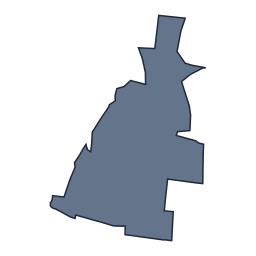 Chacsinkín, Yucatán, Mexico (Mercator projection)
{"feature_id": "50627088B83026580761392", "entity_name": "Chacsinkín", "entity_type": "district", "adm_level": 2, "iso_a3": "MEX", "parent_name": "Mexico", "parent_adm1": "Yucatán", "projection": "mercator", "projection_center": [-89.035, 20.208], "detail": "fine", "context": "isolated", "style": "filled", "palette": "slate", "viewbox_px": 256, "rotation_deg": 0, "n_neighbors": 0, "source": "geoboundaries", "source_scale": "gbopen_adm2", "svg_char_len": 1818}
<svg xmlns="http://www.w3.org/2000/svg" viewBox="0 0 256 256"><path d="M202.8,183.6L202.9,173.8L202.9,172.5L203.0,167.4L203.2,154.8L203.2,153.9L203.6,144.2L198.4,142.9L195.9,140.9L192.3,139.8L185.8,138.1L176.3,135.5L177.4,131.7L189.9,130.6L190.6,115.1L189.3,106.0L181.5,81.5L190.6,74.3L202.6,68.1L205.7,67.8L191.8,65.2L185.0,63.1L177.0,51.5L180.9,31.1L185.2,18.2L158.7,15.4L157.8,23.5L154.8,48.6L138.5,47.8L142.3,58.5L142.7,60.2L145.4,72.5L145.4,74.4L145.6,84.4L143.6,83.9L130.6,80.5L124.1,86.5L116.9,88.6L115.7,92.8L115.0,96.2L115.4,100.7L109.5,104.6L108.7,106.9L100.2,119.6L92.3,132.1L91.7,142.7L91.7,143.7L90.7,151.7L87.2,149.6L87.3,148.7L86.6,147.2L86.0,144.4L83.4,148.3L83.1,148.8L79.2,155.7L74.5,162.7L75.1,167.2L73.3,171.5L70.2,178.9L64.0,197.0L52.6,195.7L52.5,197.2L52.3,198.7L52.2,199.6L51.9,200.4L51.4,201.5L50.9,202.0L50.6,202.5L50.4,202.7L50.5,203.5L50.4,204.1L50.3,204.8L50.3,205.6L50.9,206.5L51.1,206.8L52.0,207.5L52.9,208.1L54.6,208.8L55.6,208.9L56.8,209.6L57.2,209.8L58.7,210.6L59.3,210.9L59.8,211.1L60.5,211.5L61.3,212.0L62.4,212.6L63.3,213.0L64.4,213.7L66.0,214.6L68.6,216.0L70.4,217.0L72.1,217.5L73.8,218.1L75.1,218.5L75.2,218.0L75.6,215.0L79.5,216.1L80.2,216.3L82.3,216.9L83.6,217.2L85.7,217.8L88.0,218.5L89.4,218.9L90.3,219.2L95.0,220.5L95.8,220.7L97.2,221.1L98.7,221.5L99.7,221.8L100.9,222.1L102.0,222.4L102.6,222.6L104.1,223.1L105.3,223.4L106.4,223.8L107.3,224.0L109.1,224.6L111.5,225.3L113.7,225.9L114.2,225.9L115.3,226.0L116.6,226.0L120.1,226.1L122.0,226.1L123.1,226.1L125.2,226.1L125.1,232.2L125.1,233.1L125.1,234.7L162.8,239.8L163.7,240.0L165.1,239.8L166.4,240.0L167.4,240.1L169.4,240.4L170.2,240.5L171.0,240.5L171.7,240.6L173.2,212.2L173.2,211.6L172.7,211.6L164.3,210.9L165.0,203.4L165.6,197.4L167.6,179.1L196.2,182.9L202.8,183.6Z" fill="#64748b" stroke="#1e293b" stroke-width="1.5"/></svg>